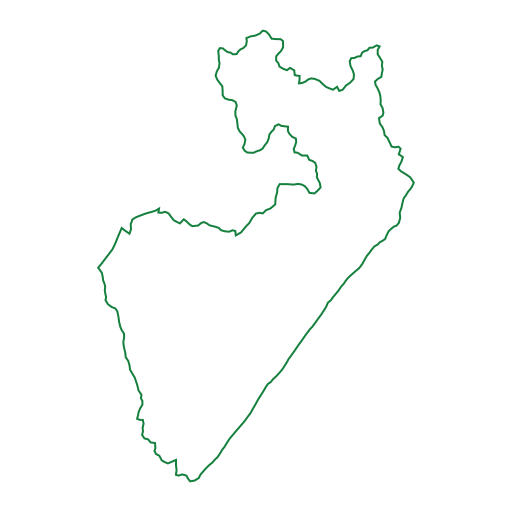 Camaçari, Bahia, Brazil
{"feature_id": "56859067B88239143593841", "entity_name": "Camaçari", "entity_type": "district", "adm_level": 2, "iso_a3": "BRA", "parent_name": "Brazil", "parent_adm1": "Bahia", "projection": "natural_earth1", "projection_center": [-38.197, -12.665], "detail": "fine", "context": "isolated", "style": "outline", "palette": "green", "viewbox_px": 512, "rotation_deg": 0, "n_neighbors": 0, "source": "geoboundaries", "source_scale": "gbopen_adm2", "svg_char_len": 4961}
<svg xmlns="http://www.w3.org/2000/svg" viewBox="0 0 512 512"><path d="M413.8,182.6L412.2,180.2L410.3,177.4L407.3,175.2L404.1,173.2L400.9,171.2L398.4,168.9L399.3,165.5L401.3,161.9L402.9,157.1L398.8,154.3L400.6,148.7L398.5,146.7L395.1,147.3L391.6,146.6L389.9,142.9L387.5,137.9L384.6,135.1L384.0,131.0L382.4,127.1L379.8,123.5L379.0,118.1L382.6,115.7L383.4,112.7L382.6,108.1L380.5,104.2L380.7,100.7L380.4,96.6L379.5,92.6L377.4,88.0L375.6,84.9L375.0,81.5L378.0,78.8L381.3,76.9L381.9,73.2L382.7,69.5L381.9,65.8L382.3,61.8L380.3,58.3L377.7,54.3L377.7,49.9L379.6,46.4L376.7,45.4L372.7,47.6L369.4,47.8L367.5,50.3L364.6,51.0L362.1,52.7L360.7,56.2L357.5,56.5L354.3,58.0L351.3,58.1L349.7,61.2L350.5,66.0L352.8,70.7L354.0,74.5L353.5,79.1L350.1,82.7L346.0,85.5L342.7,89.7L339.2,90.9L337.1,86.8L333.1,89.7L329.8,88.5L326.2,87.0L323.2,84.5L319.4,80.8L314.7,78.9L311.1,78.4L308.1,79.5L305.7,81.4L302.4,82.9L299.0,83.4L299.5,80.0L299.6,76.0L294.8,75.2L294.2,70.3L290.0,67.9L286.9,70.2L283.3,68.8L279.5,66.6L278.3,63.0L276.1,60.5L276.2,56.4L278.6,53.4L280.9,51.2L283.1,47.3L283.0,41.1L280.7,39.2L276.4,39.1L271.6,38.7L268.8,34.2L265.9,31.4L262.7,30.7L259.8,33.6L255.3,35.6L250.6,36.4L246.4,38.1L246.8,41.3L246.0,45.4L243.3,48.1L240.6,49.3L238.3,51.4L236.6,54.1L233.0,54.3L230.5,52.6L227.7,52.1L225.2,50.4L222.9,48.4L219.9,48.1L218.2,51.0L218.8,55.8L218.8,59.9L219.5,62.9L219.0,67.5L216.8,71.5L215.6,75.7L217.3,79.7L219.9,83.2L222.3,86.2L222.6,90.5L222.7,95.4L224.9,98.4L228.6,99.7L232.2,100.1L235.5,101.9L236.8,105.4L235.3,111.6L235.5,115.9L236.8,118.9L237.4,123.6L237.8,127.8L239.7,131.5L242.2,134.1L244.1,136.7L245.3,139.7L244.5,144.0L242.8,147.7L244.7,150.7L247.2,152.5L250.4,152.7L253.5,152.8L257.1,151.1L259.7,150.4L262.5,148.7L264.4,145.8L267.3,142.0L268.7,138.5L269.4,134.5L271.4,131.8L273.7,129.6L274.9,126.1L278.6,124.3L281.3,125.9L284.7,126.3L288.0,126.7L287.9,131.0L289.6,134.1L292.2,136.8L295.9,138.6L296.2,142.0L295.2,145.5L293.7,148.9L294.6,152.4L297.6,152.7L301.9,155.5L307.2,155.5L309.3,159.9L312.3,160.9L315.1,162.7L316.5,166.7L315.9,170.9L317.1,173.7L316.9,177.4L318.3,180.2L319.8,183.0L320.6,187.4L317.7,190.6L314.5,193.4L309.5,192.9L307.2,188.9L304.7,186.1L301.7,184.5L298.0,183.9L293.7,184.6L286.8,184.1L279.7,184.1L277.4,188.2L277.1,192.5L275.7,197.5L275.4,201.3L275.2,204.4L270.4,208.5L266.1,210.1L262.8,213.4L259.8,212.8L256.0,213.5L252.3,217.8L249.1,223.3L246.2,226.1L244.2,228.5L241.1,232.4L235.8,235.4L235.3,231.0L232.5,230.3L229.2,231.7L224.8,231.3L221.0,230.2L218.9,228.0L215.6,226.8L213.1,226.2L209.5,225.3L206.5,223.2L203.9,222.1L201.3,222.9L198.2,225.5L192.3,226.2L189.6,224.4L186.3,221.2L183.8,219.3L179.9,223.4L176.6,221.8L173.7,220.2L171.2,217.0L168.7,213.5L165.3,211.8L161.6,212.8L158.4,212.6L159.0,208.6L155.5,210.7L152.3,211.7L148.3,212.8L144.9,213.8L140.2,215.6L136.1,217.2L132.4,219.5L130.7,224.4L131.0,229.2L129.5,233.7L124.4,230.2L121.7,228.0L118.2,236.2L115.8,242.2L113.9,246.4L112.5,249.2L110.3,252.2L108.1,255.1L105.6,258.3L103.5,261.1L101.7,263.5L98.2,267.6L102.0,273.1L102.7,277.0L103.2,280.6L104.5,283.7L105.2,287.0L104.8,290.2L105.4,294.0L106.1,297.0L105.5,300.2L107.9,304.2L111.7,307.0L115.4,308.5L117.3,311.3L117.9,314.2L118.5,317.2L119.1,321.9L120.4,327.1L121.7,330.1L124.0,333.6L124.1,337.8L123.3,341.8L123.7,345.8L124.4,349.1L125.3,352.7L125.7,357.1L128.3,361.1L129.6,365.7L130.0,369.6L132.1,373.2L134.7,377.5L135.9,381.0L137.3,385.2L138.5,390.4L141.5,394.9L140.9,398.2L142.4,401.0L142.4,404.7L140.3,408.1L138.6,412.1L138.0,415.6L137.1,418.8L139.6,419.8L142.8,420.0L143.6,423.7L142.6,427.8L143.0,431.3L142.1,434.9L144.4,438.4L148.2,439.4L150.6,442.4L155.0,443.0L155.4,448.0L154.5,451.0L156.0,454.0L159.3,455.7L161.7,460.3L164.3,461.9L167.9,463.4L171.9,461.7L176.0,459.9L176.0,465.7L176.6,469.9L175.9,474.8L178.6,475.6L182.1,474.4L186.4,475.6L188.0,478.6L190.1,481.3L194.5,480.6L198.7,478.1L200.6,474.4L202.9,471.8L205.3,469.0L208.8,465.5L212.4,462.5L215.0,459.5L217.5,457.2L220.3,453.0L222.3,449.6L224.4,447.0L226.8,443.0L230.0,438.2L233.0,434.7L235.7,431.4L238.7,428.0L241.2,425.1L243.2,422.8L245.2,420.3L247.7,416.8L250.4,413.3L252.7,409.1L255.5,404.3L257.9,399.9L260.4,395.9L263.7,390.7L266.0,386.7L267.9,384.0L270.9,381.9L272.9,379.3L276.0,376.5L279.4,372.8L282.0,369.8L284.3,366.3L287.0,362.0L288.5,359.2L291.0,355.8L294.0,351.6L296.3,348.2L299.2,344.0L301.9,340.4L304.3,336.9L306.3,334.0L308.0,331.8L310.0,329.1L312.2,326.9L314.6,323.6L318.3,318.5L321.2,314.6L322.9,311.9L324.5,309.5L326.2,306.7L327.9,302.7L330.9,300.2L332.9,297.3L335.5,294.2L338.4,290.7L341.0,286.8L343.7,283.8L345.4,281.2L347.4,278.6L349.9,276.1L353.3,273.1L355.5,271.2L359.2,268.1L362.4,263.8L364.8,259.4L367.1,255.5L369.2,253.1L371.5,249.9L374.4,246.4L377.7,244.5L379.7,242.3L382.7,240.7L385.2,238.9L386.5,235.5L388.7,231.1L391.3,228.7L393.9,226.6L396.4,225.7L398.8,223.0L400.2,218.0L399.7,212.6L401.5,207.6L402.5,202.8L403.7,198.3L405.9,195.3L408.0,191.8L410.0,189.5L412.0,186.7L413.8,182.6Z" fill="none" stroke="#15803d" stroke-width="2"/></svg>